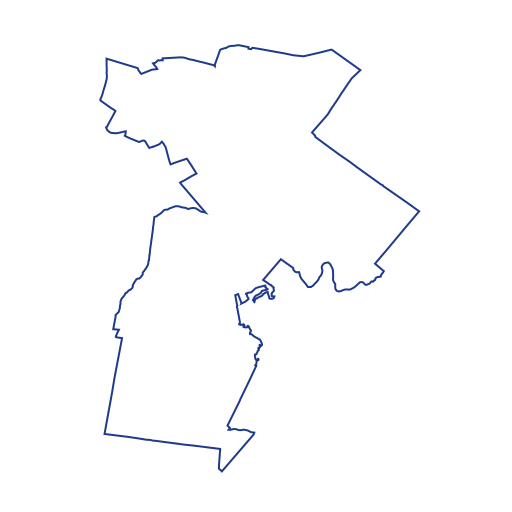 Letca Noua, Giurgiu, Romania (Natural Earth projection), rotated 355°
{"feature_id": "2599482B85200519507888", "entity_name": "Letca Noua", "entity_type": "district", "adm_level": 2, "iso_a3": "ROU", "parent_name": "Romania", "parent_adm1": "Giurgiu", "projection": "natural_earth1", "projection_center": [25.709, 44.223], "detail": "fine", "context": "isolated", "style": "outline", "palette": "blue", "viewbox_px": 512, "rotation_deg": 355, "n_neighbors": 0, "source": "geoboundaries", "source_scale": "gbopen_adm2", "svg_char_len": 6077}
<svg xmlns="http://www.w3.org/2000/svg" viewBox="0 0 512 512"><g transform="rotate(355 256 256)"><path d="M124.3,46.4L124.1,49.6L123.8,52.3L123.6,57.3L123.3,59.7L123.1,60.6L123.2,63.1L122.8,66.3L120.1,74.0L119.1,76.1L116.9,82.0L114.7,86.4L114.5,86.5L114.5,86.8L114.7,87.6L115.0,87.9L124.6,96.1L126.6,97.5L128.6,99.3L126.6,102.4L119.7,112.8L119.0,114.1L118.8,114.3L118.0,114.6L117.8,114.9L118.5,116.9L119.1,118.1L121.3,120.1L122.5,120.7L126.9,121.5L129.2,121.5L136.6,120.4L137.2,120.5L136.3,124.2L135.8,124.8L137.4,125.9L142.5,128.7L149.1,132.1L150.2,132.1L151.7,131.6L153.5,131.1L155.1,131.5L155.5,132.0L159.1,139.1L162.8,138.1L162.9,138.3L168.8,136.5L170.2,135.7L172.2,133.9L173.6,135.9L174.3,137.4L175.1,138.9L175.6,140.4L177.6,151.9L178.2,154.9L178.9,157.3L183.7,155.9L195.6,153.0L199.8,160.7L203.9,168.7L198.6,170.9L190.9,174.6L187.7,175.8L186.8,176.3L187.9,178.2L188.8,179.4L209.5,208.4L207.7,207.6L205.8,207.3L204.9,206.9L200.6,203.5L200.1,203.3L197.5,202.6L194.5,202.9L192.6,203.3L190.2,202.0L188.6,201.5L187.2,201.3L183.3,199.8L182.0,199.5L179.6,199.5L173.9,201.1L172.1,202.0L169.8,202.0L168.7,202.2L167.7,202.8L166.1,204.3L163.6,206.0L162.1,206.6L160.5,207.8L158.2,208.2L157.2,212.6L156.5,216.4L155.8,218.9L155.7,220.2L151.2,239.8L150.2,245.3L149.7,246.5L149.8,246.8L149.1,250.1L149.1,250.8L148.4,251.8L148.0,254.2L147.4,255.6L145.9,257.9L145.1,259.0L144.0,260.1L143.1,261.4L142.0,262.3L141.6,263.1L141.6,264.1L141.4,264.8L140.8,265.5L139.9,266.3L139.0,267.5L137.9,267.9L137.6,268.3L136.1,268.3L134.9,268.7L132.5,271.7L130.7,274.3L130.6,274.7L130.7,275.7L129.8,277.3L127.6,278.8L127.0,278.8L125.3,280.0L124.3,281.1L122.9,281.5L121.6,283.6L119.8,285.5L118.5,286.6L116.9,289.9L116.9,291.6L116.8,292.2L116.3,293.2L115.8,296.0L114.4,299.7L110.9,302.7L110.9,304.0L107.4,316.5L113.0,317.5L111.2,320.4L109.3,324.0L109.3,324.4L109.6,324.7L115.4,326.2L104.6,364.4L100.7,379.5L89.6,420.1L113.0,425.1L121.1,427.0L130.9,429.5L134.6,430.0L137.4,431.0L139.1,431.2L168.3,437.7L177.1,439.4L203.5,445.1L201.0,460.6L200.5,464.7L202.5,466.6L203.2,467.6L238.0,433.7L238.9,431.8L235.8,431.1L232.4,429.0L228.6,427.9L226.3,428.2L223.7,428.0L221.4,426.9L218.7,426.4L215.4,426.9L213.6,426.7L215.0,425.0L212.8,422.5L227.3,398.7L227.8,397.5L239.0,378.7L246.7,365.4L245.8,364.8L246.3,364.3L246.9,363.4L247.1,362.8L247.2,361.8L247.8,360.4L249.3,359.9L249.5,359.3L249.4,358.7L248.9,358.6L247.6,360.1L246.9,359.3L246.4,358.3L246.3,357.0L246.2,355.5L246.3,354.3L246.5,354.0L247.4,354.1L247.8,353.9L248.1,353.1L248.8,352.3L249.4,350.8L250.4,350.2L250.3,349.7L250.6,349.5L250.7,349.2L250.4,349.1L250.2,348.3L250.3,348.0L250.6,347.6L251.5,347.6L251.9,347.3L252.1,347.0L252.0,346.2L251.7,345.5L251.9,344.9L252.2,345.0L252.2,345.6L252.4,345.9L253.1,346.0L253.9,345.6L254.2,345.2L254.3,344.5L254.1,343.4L253.0,340.3L252.7,339.7L247.0,335.9L244.7,333.5L243.3,333.3L243.2,332.3L243.5,331.5L243.9,331.3L244.5,329.7L244.0,329.1L243.2,327.1L242.8,326.7L242.7,325.9L242.4,325.2L241.9,324.9L241.5,325.0L241.2,325.8L241.0,326.1L240.1,326.4L239.5,326.1L237.8,325.9L237.3,325.6L237.3,325.3L237.9,324.8L238.4,324.1L238.3,323.8L237.7,323.0L237.4,322.9L236.4,323.4L235.9,323.1L234.5,323.3L234.1,322.7L233.6,322.6L233.3,322.6L233.3,322.3L234.2,321.1L234.2,320.5L232.9,307.1L232.7,305.8L232.6,305.6L232.7,304.3L233.1,303.8L232.9,303.6L231.9,293.2L234.9,292.4L235.4,294.4L237.4,301.7L237.2,302.1L241.1,300.7L243.3,299.3L244.8,298.2L244.7,297.2L244.1,296.5L243.9,296.0L243.5,293.9L242.7,292.9L243.0,292.5L245.3,291.9L248.1,291.8L251.8,288.8L253.5,287.8L256.5,287.2L262.5,286.2L262.8,286.7L262.6,287.0L262.8,287.4L262.6,287.9L262.6,288.1L263.3,288.6L264.0,289.4L264.6,289.7L264.7,290.2L264.5,290.4L260.4,291.0L258.7,291.4L257.8,293.0L255.4,294.4L252.3,295.5L251.9,296.0L251.3,296.3L249.1,299.6L249.7,300.5L250.0,301.3L250.4,301.7L251.1,299.9L251.1,299.4L251.5,298.7L253.2,298.4L253.7,297.8L257.9,296.4L259.1,295.7L259.2,295.1L260.1,294.5L262.8,293.1L263.8,292.9L264.6,293.0L264.5,293.8L265.4,297.6L265.5,299.0L265.8,299.6L268.0,300.1L269.3,299.8L270.0,299.4L270.8,297.9L268.2,297.4L268.1,297.2L268.3,296.1L268.3,294.8L269.2,293.7L270.6,292.5L270.9,291.9L270.6,289.7L270.9,288.8L269.2,287.4L268.7,286.4L268.0,286.2L261.0,280.5L280.5,261.4L292.0,271.2L292.0,272.8L293.4,274.9L295.2,275.8L297.5,275.8L298.3,280.2L299.4,282.9L303.3,288.4L305.0,291.4L308.0,291.7L310.5,290.3L312.2,288.6L313.4,287.7L315.1,286.1L316.2,284.8L317.4,282.5L318.9,281.2L320.1,279.2L320.7,277.3L320.8,276.4L320.8,275.1L320.5,273.7L320.5,272.8L320.8,271.9L322.0,270.2L323.9,269.0L327.3,268.7L328.5,269.8L329.3,270.8L331.1,275.2L331.4,277.0L331.2,281.8L330.7,286.2L331.0,287.9L331.5,289.1L332.5,290.7L332.2,294.0L332.2,295.1L332.4,296.0L332.9,297.0L333.6,297.8L335.0,298.5L336.6,298.5L338.0,298.2L339.0,297.8L341.3,297.2L343.2,297.2L346.1,297.6L347.6,297.3L350.7,296.0L352.3,295.0L357.3,291.2L358.4,291.1L359.7,291.4L360.7,291.9L362.0,293.8L363.2,294.4L365.9,293.7L366.8,293.3L368.5,291.7L369.0,291.4L369.5,291.4L370.2,291.8L371.4,290.9L371.8,290.5L372.4,290.4L373.0,289.3L373.0,288.9L373.2,288.4L374.8,287.8L375.1,287.5L376.9,287.6L378.5,287.3L378.5,286.7L378.8,286.0L379.4,285.5L379.7,284.8L381.1,283.5L382.0,282.2L373.9,274.0L385.0,263.1L409.0,239.0L422.4,225.7L409.6,214.7L388.8,197.4L388.7,196.8L386.6,195.5L363.3,175.5L357.8,170.5L347.3,161.8L333.5,149.7L325.5,142.6L325.4,142.4L325.4,141.3L322.6,137.8L338.6,122.4L340.3,120.6L342.9,117.0L351.9,105.9L355.3,101.4L366.7,87.5L376.2,79.9L349.6,57.2L348.9,57.0L336.6,59.0L320.8,61.2L310.8,59.3L301.4,56.5L277.8,50.1L270.7,48.3L269.8,48.9L269.3,49.5L266.9,49.0L266.5,48.8L266.8,47.3L258.0,44.7L256.6,44.4L252.3,44.7L249.5,44.6L247.0,44.9L246.2,45.2L244.5,46.1L242.6,46.3L240.4,46.8L239.7,46.9L238.4,47.4L237.2,49.6L236.0,52.5L231.7,61.7L231.6,62.2L231.8,62.7L231.6,63.4L231.1,62.6L229.8,62.0L218.3,57.9L217.4,57.7L210.1,55.1L206.9,54.3L202.8,52.5L200.7,51.9L197.9,51.5L180.1,51.0L180.1,52.9L178.3,52.7L177.2,52.9L175.6,52.4L172.6,54.7L170.2,55.1L170.8,56.1L173.0,59.1L173.9,61.2L168.6,61.3L157.7,64.6L157.1,64.1L155.0,60.4L154.5,58.5L124.3,46.4Z" fill="none" stroke="#1e3a8a" stroke-width="2"/></g></svg>